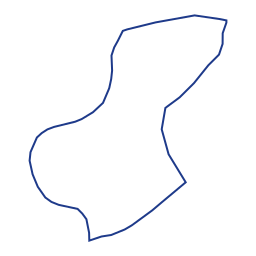 outline of Kangnam, P'yŏngyang, North Korea
{"feature_id": "82179303B41089875582012", "entity_name": "Kangnam", "entity_type": "district", "adm_level": 2, "iso_a3": "PRK", "parent_name": "North Korea", "parent_adm1": "P'yŏngyang", "projection": "robinson", "projection_center": [125.6, 38.866], "detail": "fine", "context": "isolated", "style": "outline", "palette": "blue", "viewbox_px": 256, "rotation_deg": 0, "n_neighbors": 0, "source": "geoboundaries", "source_scale": "gbopen_adm2", "svg_char_len": 743}
<svg xmlns="http://www.w3.org/2000/svg" viewBox="0 0 256 256"><path d="M108.6,89.7L103.0,102.9L93.0,112.2L81.6,119.1L75.2,121.7L54.1,126.9L47.4,129.4L47.1,129.6L41.7,133.1L36.9,137.5L31.3,150.3L30.5,152.2L29.6,160.7L32.6,174.3L37.8,186.8L45.3,197.5L51.4,201.9L58.6,204.8L60.8,205.3L77.6,208.9L82.3,213.6L86.4,219.2L89.1,232.8L89.3,240.6L101.5,236.5L111.2,235.0L124.7,229.5L131.7,225.4L152.2,210.4L162.0,202.1L185.7,182.3L168.6,154.3L161.7,129.3L165.4,107.9L179.7,97.3L194.0,83.1L208.3,65.3L219.0,54.6L222.6,43.9L222.7,33.2L226.4,22.6L226.4,20.4L219.3,19.0L194.6,15.4L155.6,22.4L141.4,25.9L127.2,29.4L122.8,30.9L117.8,40.9L114.2,47.4L111.5,55.5L112.1,70.6L111.2,79.0L109.3,87.9L108.6,89.7Z" fill="none" stroke="#1e3a8a" stroke-width="2"/></svg>